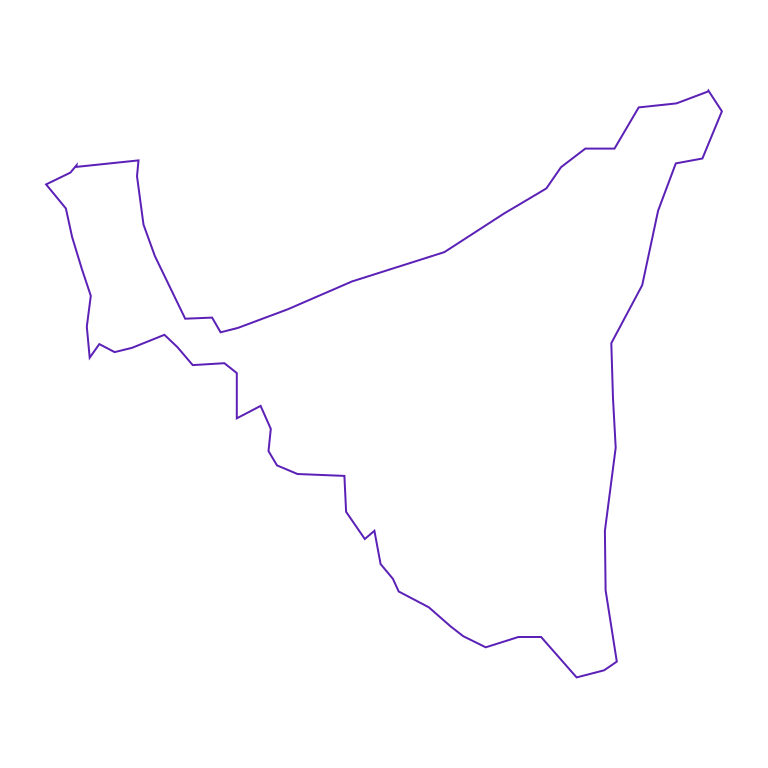 outline of Lempa, Paphos, Cyprus
{"feature_id": "46923920B20974023634209", "entity_name": "Lempa", "entity_type": "district", "adm_level": 2, "iso_a3": "CYP", "parent_name": "Cyprus", "parent_adm1": "Paphos", "projection": "equal_earth", "projection_center": [32.402, 34.812], "detail": "fine", "context": "isolated", "style": "outline", "palette": "violet", "viewbox_px": 768, "rotation_deg": 0, "n_neighbors": 0, "source": "geoboundaries", "source_scale": "gbopen_adm2", "svg_char_len": 1000}
<svg xmlns="http://www.w3.org/2000/svg" viewBox="0 0 768 768"><path d="M76.5,165.3L70.4,172.6L46.1,184.4L65.9,208.5L72.1,237.0L81.7,268.5L90.8,295.8L86.8,326.7L89.5,355.6L89.7,357.7L99.3,344.1L114.6,352.1L132.1,347.8L164.4,334.8L177.4,347.1L192.7,365.1L224.4,363.2L236.8,373.1L236.8,404.1L236.8,418.3L260.6,405.9L270.8,428.9L268.5,451.1L277.0,465.4L297.4,474.0L344.4,475.9L346.1,511.8L364.8,539.0L374.4,530.8L380.6,564.1L392.9,578.8L398.7,591.5L428.8,607.3L450.5,626.3L463.2,636.2L485.7,647.3L518.3,637.0L541.1,637.0L576.6,677.4L604.1,670.3L616.8,661.6L611.2,625.9L605.6,590.3L604.9,530.8L615.7,447.7L613.0,398.4L611.3,343.2L642.2,285.2L658.1,210.7L675.8,163.4L702.4,158.5L721.9,111.3L708.4,90.6L708.0,91.5L676.4,103.4L638.7,107.4L614.5,148.6L585.3,148.6L561.0,167.2L546.4,188.4L503.9,213.6L444.4,252.1L352.1,281.4L287.7,309.3L237.9,327.9L220.6,332.3L212.1,317.6L185.2,318.7L154.9,256.1L143.5,224.6L137.0,176.2L138.5,160.4L76.3,166.9L76.5,165.3Z" fill="none" stroke="#5b21b6" stroke-width="2"/></svg>